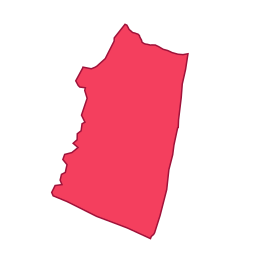 the district of Niagara, New York, United States of America, rotated 114°
{"feature_id": "52423323B57402250817644", "entity_name": "Niagara", "entity_type": "district", "adm_level": 2, "iso_a3": "USA", "parent_name": "United States of America", "parent_adm1": "New York", "projection": "robinson", "projection_center": [-78.823, 43.197], "detail": "fine", "context": "isolated", "style": "filled", "palette": "rose", "viewbox_px": 256, "rotation_deg": 114, "n_neighbors": 0, "source": "geoboundaries", "source_scale": "gbopen_adm2", "svg_char_len": 1064}
<svg xmlns="http://www.w3.org/2000/svg" viewBox="0 0 256 256"><g transform="rotate(114 128 128)"><path d="M219.9,62.5L217.6,62.6L214.7,61.3L212.8,61.1L195.0,63.1L168.5,67.6L149.5,73.7L134.2,76.3L124.9,79.1L107.8,82.7L107.1,82.3L100.1,85.1L78.4,91.8L65.8,96.3L51.2,99.2L35.8,103.4L38.6,107.6L40.3,112.4L41.2,118.6L41.1,120.0L41.1,123.3L41.8,127.9L41.2,133.1L41.1,136.8L42.5,140.2L43.1,141.1L43.7,144.5L44.2,146.0L44.3,148.1L43.8,150.2L42.2,151.4L41.4,152.5L39.9,154.4L38.9,155.2L38.2,157.0L38.4,158.8L38.5,160.4L38.9,162.6L37.5,167.1L36.0,168.9L34.5,170.9L34.5,172.9L51.3,177.2L54.3,176.0L73.9,177.0L84.2,181.6L85.9,182.8L88.8,185.6L90.7,193.9L91.8,193.8L106.2,194.9L109.4,190.8L110.2,188.7L108.6,183.3L111.3,182.8L117.5,177.4L135.2,175.7L140.2,169.7L142.8,171.7L149.6,169.7L153.9,172.0L159.4,169.7L164.3,171.9L166.2,165.7L173.3,169.3L177.9,175.1L183.3,174.7L186.3,168.8L194.1,167.2L197.4,169.9L203.2,168.8L206.6,165.3L210.2,171.2L217.9,171.5L220.4,168.8L220.0,153.8L221.5,120.8L219.6,88.2L219.9,62.5Z" fill="#f43f5e" stroke="#9f1239" stroke-width="1.5"/></g></svg>